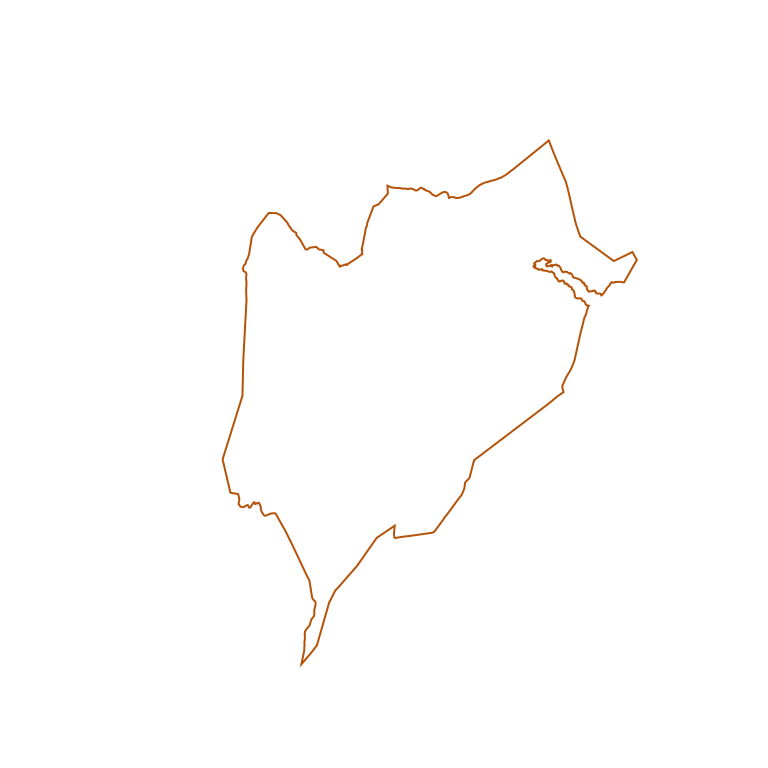 Odda nor, Hordaland, Norway (Natural Earth projection), rotated 114°
{"feature_id": "86288312B11299132347208", "entity_name": "Odda nor", "entity_type": "district", "adm_level": 2, "iso_a3": "NOR", "parent_name": "Norway", "parent_adm1": "Hordaland", "projection": "natural_earth1", "projection_center": [6.638, 59.946], "detail": "fine", "context": "isolated", "style": "outline", "palette": "amber", "viewbox_px": 768, "rotation_deg": 114, "n_neighbors": 0, "source": "geoboundaries", "source_scale": "gbopen_adm2", "svg_char_len": 6081}
<svg xmlns="http://www.w3.org/2000/svg" viewBox="0 0 768 768"><g transform="rotate(114 384 384)"><path d="M167.8,203.5L162.4,210.7L178.2,224.1L169.5,264.7L160.9,272.7L157.8,275.3L131.2,295.3L125.1,300.3L117.7,308.4L104.1,322.8L94.5,332.5L136.8,354.1L143.5,357.8L148.3,361.4L149.5,362.9L151.0,364.1L152.6,365.8L154.9,368.9L157.0,371.2L159.1,373.9L161.6,376.1L163.4,377.5L168.0,380.0L173.9,382.1L175.6,382.9L177.2,384.2L179.8,387.3L181.5,388.9L183.4,391.2L184.7,393.7L185.1,396.9L185.4,397.8L186.2,399.0L187.6,400.3L187.0,400.9L186.1,401.4L184.2,403.1L183.5,405.2L184.0,407.1L185.5,408.7L189.0,411.2L189.9,411.5L191.3,413.2L191.3,416.8L190.0,419.8L190.1,420.2L189.9,421.0L190.1,425.7L189.5,426.6L189.8,427.4L189.8,427.8L189.6,428.0L189.7,429.1L189.6,429.4L189.7,430.2L191.0,431.1L192.3,431.6L194.2,433.1L194.3,433.4L194.2,438.2L194.8,439.5L195.6,440.5L196.2,441.6L196.6,443.4L197.5,445.3L197.8,446.5L198.2,447.3L198.5,449.0L199.8,452.2L200.9,455.6L201.5,457.4L201.5,458.6L201.3,459.9L201.4,461.5L208.5,457.9L222.0,462.0L226.0,465.8L241.9,464.9L244.2,464.7L245.9,464.0L248.4,464.1L262.9,460.6L269.5,459.3L269.7,459.0L269.9,459.2L270.7,458.8L271.3,458.0L273.3,457.3L274.1,456.6L274.4,456.6L274.9,457.2L280.8,460.5L289.3,466.0L290.3,466.2L290.5,466.6L290.1,467.3L290.4,467.8L291.1,468.3L291.3,468.8L291.9,469.2L292.9,470.5L294.8,472.1L294.8,472.3L293.7,473.0L293.8,473.5L290.9,477.6L288.6,492.5L286.4,493.8L287.5,498.1L286.3,501.7L289.6,507.2L292.5,509.0L292.9,510.4L285.9,519.8L283.8,524.3L281.6,525.7L281.2,529.8L278.0,535.3L276.0,537.9L271.8,547.1L271.7,551.9L274.7,558.9L292.0,563.2L300.7,564.4L303.7,564.5L319.8,560.2L324.4,559.6L327.1,559.9L330.4,559.4L332.2,560.1L333.4,560.2L335.9,559.8L338.0,558.3L338.1,556.1L338.4,555.6L339.5,554.3L343.9,552.9L345.3,551.9L349.1,550.1L354.3,548.2L362.9,543.9L418.8,522.5L452.4,508.5L518.5,500.8L545.8,480.1L543.9,472.4L548.2,469.2L552.8,468.1L554.4,465.3L553.9,462.6L553.4,462.0L551.3,460.6L550.1,459.5L550.0,459.2L550.5,458.4L551.7,457.1L551.6,456.3L550.9,455.9L546.2,455.2L545.0,454.7L544.8,454.4L544.8,454.1L546.0,453.4L545.9,452.6L545.1,452.3L544.8,451.9L544.7,451.2L543.7,450.6L543.4,450.1L544.8,448.2L547.0,446.1L548.2,445.9L549.1,444.9L550.5,443.8L552.7,440.4L552.7,438.8L548.7,435.1L547.7,433.6L546.4,431.1L546.7,430.0L558.2,414.5L567.7,403.0L590.0,377.1L594.0,372.1L608.5,362.7L608.9,362.3L609.7,361.0L610.8,358.3L611.8,357.5L613.6,356.7L618.1,355.9L620.6,355.1L623.0,353.8L624.5,353.6L625.1,353.6L626.4,354.1L627.5,354.2L628.1,354.6L635.2,353.8L636.7,354.4L639.9,355.2L642.5,355.5L644.3,354.9L648.5,352.8L653.3,351.3L654.1,350.7L660.2,348.4L673.5,345.5L660.0,341.4L649.9,339.0L606.1,345.2L592.3,344.5L588.5,343.1L561.0,334.6L527.6,328.1L509.1,316.6L516.7,314.0L519.1,312.7L520.0,311.8L520.2,311.3L516.2,305.2L512.4,298.8L500.3,279.5L498.6,278.0L484.8,274.9L480.8,274.3L477.5,273.3L457.2,268.9L453.5,267.9L446.8,268.1L441.0,269.8L438.3,268.9L437.1,268.3L435.0,267.8L434.1,267.8L419.3,270.4L417.9,270.4L417.1,270.8L334.2,225.2L325.0,220.7L318.4,216.7L317.1,217.6L315.6,219.1L313.4,220.3L303.8,220.4L295.9,219.3L289.5,219.3L284.8,219.6L258.0,225.1L246.1,227.1L243.9,227.7L243.2,227.5L241.6,228.0L240.0,227.7L236.5,228.0L235.5,228.4L231.6,228.7L230.6,229.1L229.4,228.7L229.5,229.3L229.2,229.8L229.5,230.0L229.7,230.7L229.6,231.2L228.9,232.5L228.1,233.0L227.4,234.1L227.1,234.4L227.0,234.8L227.2,235.0L227.1,235.6L227.2,236.0L227.1,237.0L226.9,237.3L226.0,237.8L225.7,238.6L225.8,239.5L226.3,240.4L226.8,241.0L226.8,241.5L227.1,241.9L227.1,242.4L227.4,243.0L227.2,243.6L227.2,244.1L226.5,245.2L226.1,245.3L225.8,245.7L225.3,245.8L224.1,246.5L221.6,248.6L221.3,250.0L220.9,251.0L220.2,251.2L219.4,252.0L219.3,253.5L219.6,254.8L219.2,255.4L218.6,255.5L218.4,256.6L218.7,257.3L218.7,257.6L218.0,258.0L218.6,259.0L218.7,259.4L218.8,260.0L217.2,260.9L216.8,262.2L217.0,262.2L217.0,263.1L217.7,264.1L218.8,265.2L218.7,265.9L218.8,266.2L219.0,266.3L218.3,267.1L217.8,268.3L217.1,268.8L216.9,269.6L217.0,270.4L216.5,271.1L215.8,272.0L214.9,272.6L214.6,273.1L213.8,273.4L213.6,273.9L213.7,274.5L213.3,275.4L213.4,276.1L213.0,276.7L213.8,277.6L214.4,278.8L214.4,281.4L215.1,283.0L215.1,283.5L215.3,284.7L215.8,285.3L215.5,285.7L215.1,285.8L214.9,286.5L215.5,287.5L216.6,288.6L216.7,289.4L216.3,289.9L216.2,290.5L216.4,290.9L216.4,291.6L216.6,292.0L216.2,292.7L216.2,293.0L216.5,293.4L215.3,293.7L215.9,294.4L216.0,294.9L215.9,295.2L215.1,295.2L215.3,294.8L215.4,294.5L215.1,294.1L214.8,294.1L213.6,294.2L213.2,295.4L212.6,295.9L211.8,295.7L211.5,295.2L209.6,294.5L209.6,293.9L209.1,293.2L208.5,291.9L207.1,291.5L205.8,290.8L204.3,289.5L204.2,288.5L205.0,287.0L205.0,286.5L204.8,286.3L204.4,285.6L204.8,284.4L204.6,284.0L203.5,282.8L203.1,282.1L203.9,281.6L205.0,281.6L205.7,282.7L206.3,283.3L206.2,283.3L208.7,284.6L210.1,283.4L209.9,283.3L209.9,282.3L208.6,280.8L208.6,280.6L208.1,280.4L208.1,280.1L208.3,279.9L208.2,279.8L207.5,279.5L207.1,279.1L207.5,278.8L208.3,278.9L208.4,278.2L207.0,277.9L205.9,276.8L205.4,275.7L204.8,275.1L205.2,274.4L205.0,274.0L205.2,273.8L205.1,273.1L205.3,272.6L204.9,272.1L206.1,269.9L207.7,268.7L208.5,267.2L208.9,266.8L209.1,266.1L208.9,265.5L208.5,265.3L207.5,263.6L207.4,262.9L207.1,262.2L207.3,262.0L207.4,261.2L207.6,260.8L207.4,259.7L207.6,259.4L206.9,258.8L207.2,258.3L207.1,257.6L207.5,256.7L209.2,255.1L209.6,254.1L209.1,251.6L209.1,250.9L209.2,250.4L208.9,249.9L209.1,248.9L209.0,247.0L209.6,245.2L210.2,244.6L210.2,243.8L210.7,243.4L210.4,243.0L210.4,242.1L211.3,241.4L211.8,241.3L212.2,240.6L212.3,240.0L212.0,239.7L212.1,238.7L214.8,237.3L215.5,235.9L215.5,235.6L216.0,235.0L216.3,234.9L216.3,234.3L215.8,233.4L215.0,232.7L214.8,231.9L213.6,230.9L213.6,230.5L213.2,229.9L213.4,229.8L213.0,229.2L213.3,228.7L213.9,228.4L214.1,228.0L214.0,227.7L214.6,227.3L214.8,226.6L214.8,226.2L213.7,224.0L213.5,222.7L213.7,222.4L214.4,221.9L214.7,221.5L212.5,220.4L210.1,220.1L207.5,219.3L206.2,219.5L203.6,218.7L202.8,218.2L201.6,218.2L198.6,217.6L198.1,216.6L198.3,216.0L197.1,214.4L196.7,214.1L194.5,209.6L194.0,207.8L194.1,207.2L193.4,206.0L167.8,203.5Z" fill="none" stroke="#b45309" stroke-width="2"/></g></svg>